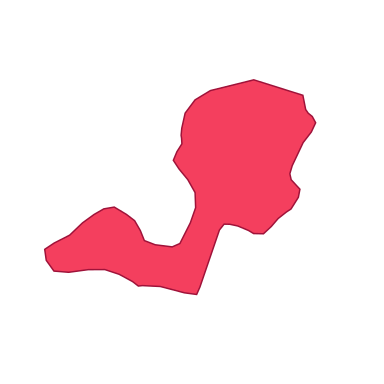 an SVG outline of Kourwéogo, rotated 33°
{"feature_id": "BFA-2813", "entity_name": "Kourwéogo", "entity_type": "Province", "adm_level": 1, "iso_a3": "BFA", "parent_name": "Burkina Faso", "parent_adm1": "", "projection": "natural_earth1", "projection_center": [-1.818, 12.584], "detail": "fine", "context": "isolated", "style": "filled", "palette": "rose", "viewbox_px": 384, "rotation_deg": 33, "n_neighbors": 0, "source": "natural_earth", "source_scale": "10m", "svg_char_len": 952}
<svg xmlns="http://www.w3.org/2000/svg" viewBox="0 0 384 384"><g transform="rotate(33 192 192)"><path d="M178.5,258.7L189.9,256.3L205.3,248.8L209.9,241.8L207.4,218.8L203.6,203.2L194.9,190.8L181.7,183.9L168.7,179.8L159.1,175.6L157.4,166.4L157.3,157.1L153.9,152.5L152.0,150.4L148.7,144.1L143.3,129.6L144.4,113.0L152.2,96.9L182.7,64.3L232.3,50.5L242.4,60.9L246.5,62.6L251.8,63.2L258.0,66.6L259.4,76.7L258.3,90.0L261.7,115.3L264.1,123.4L268.5,127.7L281.0,130.9L284.1,138.5L284.3,152.3L282.1,157.3L278.7,167.3L277.3,177.7L274.7,188.1L266.3,193.3L260.3,193.5L248.8,195.6L241.2,198.5L236.4,201.5L235.7,208.9L250.4,267.4L251.7,275.4L240.5,280.7L216.9,288.5L201.4,297.5L198.2,300.1L190.9,299.5L175.7,300.7L161.2,304.5L147.3,313.6L132.3,326.5L119.3,333.5L107.0,328.7L99.7,320.3L104.2,309.9L112.9,294.8L117.0,277.5L122.1,264.2L127.2,254.2L135.0,247.0L149.2,246.5L159.5,247.3L169.7,252.5L178.5,258.7Z" fill="#f43f5e" stroke="#9f1239" stroke-width="1.5"/></g></svg>